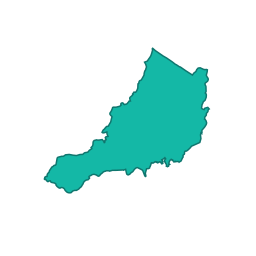 the district of Uileacu De Beius, Bihor, Romania, rotated 59°
{"feature_id": "2599482B23161803427900", "entity_name": "Uileacu De Beius", "entity_type": "district", "adm_level": 2, "iso_a3": "ROU", "parent_name": "Romania", "parent_adm1": "Bihor", "projection": "mercator", "projection_center": [22.219, 46.686], "detail": "fine", "context": "isolated", "style": "filled", "palette": "teal", "viewbox_px": 256, "rotation_deg": 59, "n_neighbors": 0, "source": "geoboundaries", "source_scale": "gbopen_adm2", "svg_char_len": 5932}
<svg xmlns="http://www.w3.org/2000/svg" viewBox="0 0 256 256"><g transform="rotate(59 128 128)"><path d="M178.5,138.1L178.6,137.9L178.4,137.4L175.8,136.5L174.5,135.2L172.5,133.1L173.4,131.2L173.4,130.8L173.4,130.1L172.8,129.6L172.3,128.7L171.1,127.2L170.0,126.1L169.9,125.8L170.6,125.2L170.6,124.7L170.9,124.6L171.1,124.1L171.0,123.9L171.0,123.1L170.8,122.5L171.1,121.8L171.3,122.0L171.4,121.9L171.5,121.6L171.3,121.4L171.8,120.9L172.2,121.2L172.4,121.1L172.5,120.8L172.3,120.6L172.6,120.2L172.8,120.3L172.9,120.6L173.2,120.5L173.3,118.8L173.2,118.3L173.3,118.1L174.0,117.7L175.0,117.7L175.4,117.5L176.0,117.6L176.3,116.8L176.3,116.4L175.3,116.0L174.7,116.1L173.4,115.3L173.0,115.4L172.6,115.4L172.7,114.9L172.7,113.3L172.4,111.7L173.9,111.6L174.1,112.5L174.4,112.8L174.6,113.5L175.2,114.3L175.8,114.0L176.3,113.6L176.9,113.9L179.3,113.9L179.9,114.2L180.4,114.8L181.5,114.1L181.5,113.6L181.6,112.9L180.6,112.0L180.6,111.0L179.7,111.4L178.4,110.3L177.3,108.6L177.3,107.5L177.1,107.1L178.1,106.4L178.2,106.8L180.3,105.9L180.7,106.1L181.3,104.9L181.0,104.6L181.6,104.0L182.3,102.7L182.6,102.2L183.3,101.8L183.6,101.8L183.5,101.2L183.6,100.5L183.6,99.5L181.7,96.7L181.4,95.9L180.9,95.5L180.2,95.2L179.8,94.8L179.6,94.5L179.5,93.4L179.4,93.1L179.1,92.8L177.8,92.0L177.3,91.1L177.3,90.9L177.9,89.7L177.7,87.6L177.0,84.7L176.3,83.0L177.4,73.9L174.7,71.0L171.2,69.4L169.7,67.9L170.6,67.6L169.8,67.1L169.8,66.8L168.3,66.1L168.0,65.7L167.9,65.5L166.7,61.9L165.5,59.5L165.0,58.8L164.6,58.4L164.0,57.9L162.0,57.4L160.1,57.5L159.8,57.7L159.7,57.5L159.2,57.3L158.4,56.7L158.1,56.3L157.6,54.9L157.5,54.6L157.2,54.2L155.9,53.3L155.7,52.9L155.2,51.3L155.0,51.0L153.9,50.1L153.6,49.6L153.5,49.0L153.5,48.6L151.4,49.0L150.6,52.0L151.4,53.3L150.4,54.1L149.4,54.7L148.8,54.7L146.1,52.5L145.5,51.4L144.5,50.3L144.1,49.2L144.1,48.4L143.8,47.5L141.9,45.1L140.0,43.8L139.0,43.5L138.1,43.8L137.6,43.5L137.3,42.8L136.8,42.2L132.9,40.0L132.2,39.7L131.0,39.7L129.8,39.3L129.4,38.9L129.2,38.1L128.9,35.8L128.6,35.2L127.8,34.3L127.0,33.9L126.3,33.8L124.3,33.9L123.1,33.7L120.6,31.2L119.0,30.0L118.3,30.5L117.9,31.4L117.2,32.5L116.3,33.3L113.6,35.1L112.8,36.9L112.8,37.3L113.4,39.1L114.5,40.6L114.7,41.6L114.7,42.7L115.1,43.9L115.8,45.5L108.7,49.0L102.7,51.7L102.0,52.4L98.8,53.9L97.8,54.6L93.9,56.1L88.0,58.8L84.2,60.9L75.8,64.7L72.4,65.8L72.6,66.4L74.0,66.9L74.7,67.7L75.8,68.8L77.7,71.0L78.7,72.8L79.8,75.4L80.6,76.9L80.1,79.9L82.6,80.0L85.2,80.7L87.6,83.5L87.7,84.1L88.0,84.5L89.5,86.0L91.0,87.1L91.2,87.5L93.5,91.5L93.7,92.4L93.6,92.9L93.5,93.6L93.7,94.2L94.3,95.0L95.3,95.8L95.3,96.7L98.9,99.1L100.5,101.2L101.3,103.1L101.0,103.7L100.3,104.3L101.2,106.5L101.7,106.3L102.3,107.7L102.8,110.5L103.0,110.8L103.4,111.2L103.8,111.4L106.1,112.0L105.5,113.2L105.8,113.7L106.3,115.2L106.6,115.9L106.7,116.6L106.7,117.2L106.6,117.5L106.4,117.8L106.1,119.0L105.9,119.2L105.5,119.4L105.3,119.3L104.9,119.2L104.0,119.5L103.7,119.7L103.4,120.2L103.3,121.0L103.4,121.3L103.7,121.8L104.3,122.1L104.8,122.1L105.0,122.7L105.1,123.9L104.2,127.0L103.6,128.3L102.7,129.6L102.7,130.1L102.5,130.6L103.5,131.7L104.8,133.5L105.4,134.6L105.7,135.4L106.1,135.9L106.7,136.3L107.2,136.4L108.2,136.3L109.7,135.9L110.0,135.9L110.5,136.3L111.8,137.7L113.2,139.0L113.9,139.7L115.6,142.8L116.1,143.5L116.3,144.0L116.2,144.2L115.9,144.9L115.7,145.6L115.9,146.4L116.0,146.9L116.8,148.9L116.9,150.1L117.6,151.4L118.3,152.4L118.4,152.5L118.6,152.4L119.0,152.1L119.3,152.0L119.4,151.8L119.8,150.9L120.5,148.2L122.2,149.0L124.9,149.5L124.2,151.4L124.5,152.4L125.7,152.7L126.4,152.5L126.8,152.9L126.7,154.2L128.0,155.0L128.3,155.3L128.4,155.5L128.3,155.9L127.9,155.9L127.6,155.6L126.7,155.7L124.6,156.1L123.4,159.2L122.5,160.6L122.0,161.0L121.3,163.4L121.6,164.6L122.8,165.7L124.0,166.4L125.0,167.5L125.4,168.4L125.7,169.7L127.1,169.7L127.2,172.6L128.0,174.8L127.6,176.1L127.0,177.5L126.9,178.3L127.3,180.4L126.0,182.8L125.1,186.3L123.0,189.1L120.4,192.0L118.8,195.4L119.0,198.0L118.1,199.4L117.0,203.1L117.3,204.2L122.2,208.5L122.5,209.3L122.2,209.9L122.0,210.7L122.3,211.8L122.3,213.5L122.9,214.7L123.9,216.8L124.3,217.5L125.2,218.4L125.4,219.4L125.8,220.2L126.0,220.9L126.4,221.3L126.9,221.6L127.4,222.2L127.7,222.3L127.5,222.5L127.5,222.9L127.3,223.4L127.4,223.5L127.5,223.9L127.3,224.3L127.6,224.7L127.7,225.0L128.5,225.5L128.5,225.8L128.9,226.0L129.3,225.8L129.4,225.3L129.5,225.1L130.4,224.9L130.9,225.0L132.2,224.6L132.5,224.5L132.7,224.2L132.8,224.1L132.8,222.7L133.0,222.2L133.2,221.9L133.5,221.9L134.1,222.0L135.1,221.7L135.3,221.5L135.7,221.0L136.6,220.2L137.0,219.6L137.5,219.2L138.2,219.0L138.8,218.7L139.2,218.7L139.9,219.1L141.6,218.9L142.9,218.4L143.3,218.3L144.2,217.7L144.5,217.0L144.6,216.9L144.5,216.5L144.7,215.7L145.1,215.2L145.9,214.4L146.5,214.2L147.2,213.9L149.1,214.0L151.2,213.5L152.1,213.0L152.8,212.4L153.6,211.3L154.1,210.2L153.8,208.7L153.6,208.0L153.6,207.6L153.9,206.1L155.0,204.1L154.9,203.3L155.0,201.8L154.8,200.9L154.6,200.7L154.4,198.9L154.1,197.9L153.3,196.6L153.2,196.4L153.2,196.2L152.9,195.7L152.7,195.2L152.1,194.6L151.3,193.1L151.1,191.4L151.2,191.0L151.1,190.5L151.2,190.1L151.5,189.6L151.7,189.2L151.8,188.9L151.5,188.2L151.5,187.7L151.4,187.2L151.3,186.9L150.9,186.7L150.2,186.8L149.6,186.5L149.5,186.3L149.4,185.9L149.6,184.2L149.5,183.1L149.6,182.5L150.0,181.3L150.5,180.6L151.8,179.5L151.9,179.3L152.3,179.1L152.5,179.1L153.0,178.9L154.0,178.3L154.3,177.1L153.5,175.1L153.5,174.5L153.4,174.2L153.4,173.7L153.2,172.7L152.9,171.6L153.2,170.2L153.4,169.6L153.6,168.3L154.9,166.4L155.4,165.9L155.5,165.9L155.7,165.3L155.7,164.9L155.9,164.5L156.2,163.3L158.4,159.5L161.4,153.9L161.9,153.5L161.9,152.9L162.2,151.3L165.1,152.3L166.8,152.8L167.7,152.5L168.2,152.1L168.4,151.6L168.5,150.2L168.2,149.3L168.0,148.6L167.9,147.9L167.9,146.6L167.6,145.7L166.7,143.8L166.6,143.3L166.4,141.5L166.6,140.6L166.9,140.3L167.2,140.0L170.2,138.1L171.7,137.3L172.2,137.3L177.2,138.2L178.2,138.2L178.5,138.1Z" fill="#14b8a6" stroke="#0f766e" stroke-width="1.5"/></g></svg>